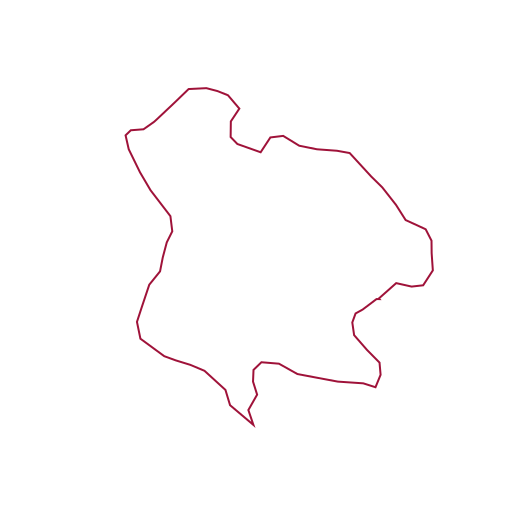 Nora, Orebro, Sweden, rotated 226°
{"feature_id": "70781695B8757223654229", "entity_name": "Nora", "entity_type": "district", "adm_level": 2, "iso_a3": "SWE", "parent_name": "Sweden", "parent_adm1": "Orebro", "projection": "equal_earth", "projection_center": [14.906, 59.57], "detail": "fine", "context": "isolated", "style": "outline", "palette": "rose", "viewbox_px": 512, "rotation_deg": 226, "n_neighbors": 0, "source": "geoboundaries", "source_scale": "gbopen_adm2", "svg_char_len": 1050}
<svg xmlns="http://www.w3.org/2000/svg" viewBox="0 0 512 512"><g transform="rotate(226 256 256)"><path d="M139.4,314.7L140.1,314.7L139.1,338.0L125.9,346.7L118.8,355.9L122.8,373.2L136.0,384.3L145.1,392.9L157.3,396.6L158.5,396.2L177.9,388.6L195.4,392.2L217.6,394.5L233.2,394.1L265.0,394.9L275.4,387.4L290.4,374.0L305.3,363.7L323.5,359.0L331.3,348.7L327.4,331.4L349.5,320.4L359.2,320.4L370.3,331.4L373.6,346.4L391.1,347.5L401.5,342.8L411.2,336.9L422.9,323.5L422.9,303.8L423.2,279.1L423.3,276.0L425.3,263.1L433.4,253.3L433.4,246.0L421.2,238.6L396.8,230.7L376.5,225.8L344.1,222.1L331.9,212.9L327.8,201.3L319.7,187.9L311.6,176.3L309.5,159.3L298.4,138.0L291.3,124.6L276.8,115.4L247.7,120.4L236.6,125.8L223.4,133.1L209.2,139.2L180.9,141.0L166.7,133.7L136.3,136.8L150.5,143.5L155.5,160.5L167.7,166.6L175.8,175.1L175.8,186.1L162.6,197.7L142.3,203.8L125.1,216.0L108.8,227.6L89.9,244.7L78.6,250.8L84.0,263.1L93.5,270.8L111.4,270.6L130.9,271.6L141.3,279.1L145.5,287.7L143.4,295.5L141.3,312.8L139.4,314.7Z" fill="none" stroke="#9f1239" stroke-width="2"/></g></svg>